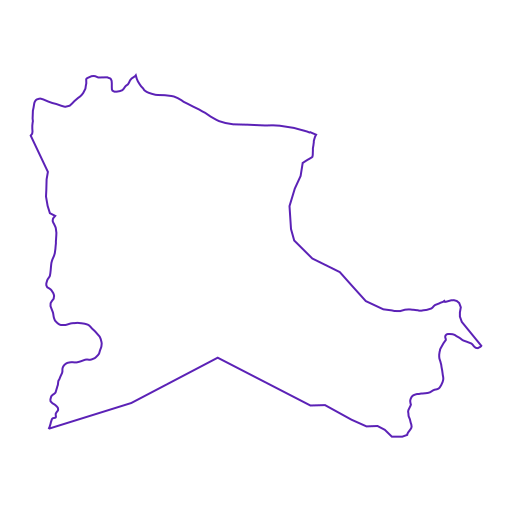 the district of Bosquet D'Or, Dennery, Saint Lucia
{"feature_id": "8701671B26596683393313", "entity_name": "Bosquet D'Or", "entity_type": "district", "adm_level": 2, "iso_a3": "LCA", "parent_name": "Saint Lucia", "parent_adm1": "Dennery", "projection": "albers", "projection_center": [-60.913, 13.929], "detail": "fine", "context": "isolated", "style": "outline", "palette": "violet", "viewbox_px": 512, "rotation_deg": 0, "n_neighbors": 0, "source": "geoboundaries", "source_scale": "gbopen_adm2", "svg_char_len": 5807}
<svg xmlns="http://www.w3.org/2000/svg" viewBox="0 0 512 512"><path d="M135.8,75.3L135.2,76.1L131.6,78.5L130.1,80.3L128.9,82.8L127.9,84.4L125.9,85.8L125.1,86.7L123.6,88.9L122.3,90.2L119.9,91.1L116.5,91.7L114.5,91.7L112.5,90.7L111.9,89.4L111.8,87.0L111.8,83.1L111.6,80.8L111.0,79.4L110.7,78.9L110.3,78.5L108.1,77.7L107.3,77.3L98.3,77.5L96.4,76.7L95.2,76.2L93.6,76.0L91.5,76.2L88.1,77.7L86.8,78.4L86.2,79.2L86.3,83.3L85.8,85.9L85.4,88.7L83.2,93.0L81.8,94.8L80.2,96.4L78.0,98.0L74.4,101.1L72.1,103.5L69.7,105.7L65.3,106.8L64.2,106.6L61.4,105.8L56.3,104.0L52.3,103.0L48.4,101.6L43.2,99.4L40.5,98.6L39.3,98.7L36.9,99.4L35.9,100.1L34.9,101.5L34.3,103.1L33.5,107.9L32.9,110.7L32.6,118.5L32.9,121.2L32.6,122.9L32.3,125.7L32.3,128.5L32.5,131.6L32.3,132.9L32.1,133.8L31.9,134.1L30.7,135.6L47.9,171.9L46.6,179.3L46.3,190.2L46.0,196.5L47.6,205.8L49.9,213.2L55.2,215.9L53.4,218.0L53.2,218.4L53.0,218.7L52.8,219.7L52.7,220.7L52.7,221.1L53.0,222.0L53.5,223.1L54.0,223.9L55.6,227.4L55.8,228.3L56.0,229.7L56.2,231.4L56.4,232.8L56.3,235.2L56.2,236.9L56.0,240.1L55.9,241.0L55.9,243.5L55.6,246.3L55.4,248.9L55.0,251.7L54.8,253.2L54.3,254.9L53.9,256.1L53.1,257.9L52.4,259.5L52.0,260.7L51.4,262.9L51.1,265.4L50.7,269.9L50.6,270.9L50.3,273.5L49.9,275.7L49.6,276.5L48.3,278.4L48.0,278.8L47.5,279.6L47.1,280.6L46.4,283.1L46.3,283.6L46.3,285.1L46.4,285.5L47.1,287.0L47.4,287.4L48.7,288.1L49.8,288.8L50.6,289.4L51.3,290.1L53.0,292.7L53.3,293.2L53.8,294.6L53.9,295.0L54.0,295.5L54.1,296.0L54.0,296.5L53.8,297.5L53.8,298.0L53.7,298.5L53.5,299.0L52.2,300.6L51.6,301.5L50.8,302.8L50.6,303.3L50.5,306.1L50.7,306.6L51.0,307.5L52.6,311.6L53.0,312.7L53.2,313.7L53.6,316.3L53.9,317.7L54.3,318.9L54.5,319.3L54.9,320.4L55.1,320.7L56.8,322.5L57.7,323.3L58.1,323.6L58.9,324.2L59.4,324.4L59.9,324.7L60.9,325.0L61.2,325.0L64.6,325.0L65.5,325.0L67.0,324.6L69.2,323.9L70.9,323.4L73.4,323.1L74.8,323.1L76.9,322.9L78.1,322.9L79.8,323.1L80.6,323.2L81.0,323.2L84.5,323.7L86.7,324.3L87.8,324.7L88.6,325.1L89.5,325.8L90.6,326.9L91.8,328.3L92.4,328.9L93.4,329.8L94.7,331.0L95.9,332.3L97.8,334.5L98.6,335.4L99.4,336.3L99.8,336.9L100.1,337.6L100.4,338.3L100.7,339.0L101.5,342.1L101.7,343.5L101.4,346.4L101.1,347.5L100.0,350.4L99.4,352.5L99.1,353.5L98.9,353.9L98.5,354.4L97.9,355.2L95.7,357.4L94.8,358.1L94.4,358.3L92.7,359.0L91.7,359.4L90.6,359.7L89.7,359.8L89.1,359.8L87.3,359.5L86.7,359.5L85.3,359.7L83.8,360.2L80.8,361.3L79.1,361.8L76.7,362.4L76.1,362.4L75.1,362.4L74.4,362.4L72.7,362.2L71.3,362.2L69.7,362.4L67.7,362.8L66.7,363.2L66.3,363.4L64.6,364.7L64.0,365.4L63.4,366.2L62.9,367.2L62.6,368.1L62.5,368.5L62.4,369.7L62.4,371.2L62.4,371.7L62.2,372.1L62.2,372.5L62.1,372.9L60.3,376.8L59.4,379.1L59.2,379.5L58.6,380.4L58.4,380.9L58.3,381.3L58.2,382.0L57.9,384.7L57.7,385.4L57.3,386.5L57.0,387.7L56.7,388.6L55.6,392.3L55.3,392.8L55.0,393.1L54.1,393.9L53.1,394.5L52.0,395.5L51.7,395.7L51.2,396.5L50.5,399.0L50.4,399.5L50.5,401.1L50.7,401.5L52.5,403.3L53.9,404.1L55.1,404.9L55.9,405.6L57.1,406.8L57.7,407.6L57.9,408.0L58.0,408.5L58.1,409.3L58.1,409.8L58.0,410.3L57.7,410.8L56.8,411.9L56.3,412.7L55.8,413.5L55.7,414.5L55.7,415.0L55.9,416.3L55.9,416.8L55.8,417.2L55.5,417.6L55.0,417.8L54.5,417.9L53.5,418.1L53.0,418.2L52.6,418.4L52.2,418.8L51.9,419.2L51.1,421.6L50.8,422.6L50.6,423.6L49.6,426.9L49.0,428.2L49.5,428.5L131.3,403.0L217.7,357.7L310.4,405.5L325.0,405.1L351.5,419.7L366.5,426.4L377.5,426.0L384.8,429.8L391.9,436.7L402.2,436.7L407.2,434.9L407.4,433.9L408.1,432.5L410.6,429.1L411.3,427.9L411.6,426.6L411.3,424.5L410.7,422.7L410.2,420.6L409.9,419.3L408.7,416.4L408.5,415.2L408.4,413.4L408.1,411.7L408.3,410.7L408.3,410.3L408.9,409.0L410.6,405.5L410.9,404.5L410.5,403.3L410.2,401.1L410.3,400.1L410.8,398.5L411.8,396.6L413.3,395.3L415.1,394.6L416.7,394.1L417.7,394.0L418.9,394.0L421.3,393.5L422.7,393.5L425.8,393.2L428.0,392.9L430.0,392.3L433.2,390.3L434.7,389.7L436.8,389.3L438.3,388.7L438.9,388.3L439.7,387.5L441.2,385.1L442.6,382.0L443.2,379.8L443.3,378.2L443.1,376.6L442.8,375.1L442.5,372.8L442.2,370.6L441.8,368.5L441.5,366.9L441.2,364.7L440.8,363.2L440.4,361.6L439.9,360.1L439.4,358.5L439.2,356.7L439.2,354.6L439.6,351.8L440.0,350.4L440.1,349.4L440.8,348.0L443.5,343.2L445.0,341.1L445.8,340.0L445.8,339.0L445.4,338.0L445.2,336.9L445.5,335.5L446.5,334.5L447.3,334.1L448.7,334.0L449.6,334.0L452.4,334.2L453.8,334.6L455.0,335.1L456.1,335.9L457.1,336.5L458.8,337.4L460.2,338.3L462.1,339.8L463.3,340.5L466.7,341.7L471.3,343.5L472.4,344.4L473.9,346.3L475.0,347.3L476.0,347.9L477.3,348.1L478.0,348.1L479.0,347.5L479.9,347.1L481.0,346.3L481.3,345.8L461.8,321.9L459.9,316.6L459.9,312.4L460.8,307.3L459.2,303.0L456.8,301.0L454.0,300.2L451.2,300.3L446.2,301.7L445.0,301.9L444.3,300.9L443.2,301.8L440.6,302.7L439.0,303.5L435.6,304.8L434.8,305.2L433.7,306.2L432.5,307.6L431.3,308.5L426.7,309.9L424.9,310.1L423.2,310.3L421.3,310.7L419.2,310.7L418.0,310.3L415.9,310.1L413.8,309.8L412.0,309.7L410.6,309.5L408.9,309.4L405.0,309.7L400.1,311.1L394.4,311.0L391.8,310.4L383.3,309.3L365.8,301.1L352.0,285.8L339.8,272.1L312.3,258.5L294.2,240.5L291.0,229.0L289.5,206.1L294.8,188.6L300.6,176.0L302.7,162.9L303.1,162.7L304.6,161.7L306.3,160.6L308.1,159.5L309.6,158.7L310.5,158.1L311.6,157.5L312.4,156.8L312.7,155.3L312.8,154.0L312.8,153.0L312.9,150.7L312.9,148.3L313.4,145.4L313.6,143.7L313.8,142.4L313.8,141.0L314.4,138.8L315.1,136.6L316.1,134.7L310.2,132.2L309.5,132.5L307.0,131.5L293.8,127.9L279.6,125.7L272.7,125.3L265.7,125.5L258.6,125.2L247.9,124.7L243.3,124.6L233.1,124.3L225.4,123.0L219.0,121.1L216.5,119.9L213.3,118.1L210.5,116.5L205.1,112.8L202.3,111.4L199.1,109.5L192.9,106.5L187.7,103.8L183.6,101.8L181.4,100.2L177.7,98.1L173.9,96.5L171.4,96.0L164.8,95.2L157.9,95.0L155.5,94.8L152.1,93.9L148.7,92.8L146.7,91.9L145.2,90.9L144.1,90.0L143.2,88.5L142.8,88.1L141.1,86.3L139.7,84.3L137.9,81.4L136.7,78.6L135.8,75.3Z" fill="none" stroke="#5b21b6" stroke-width="2"/></svg>